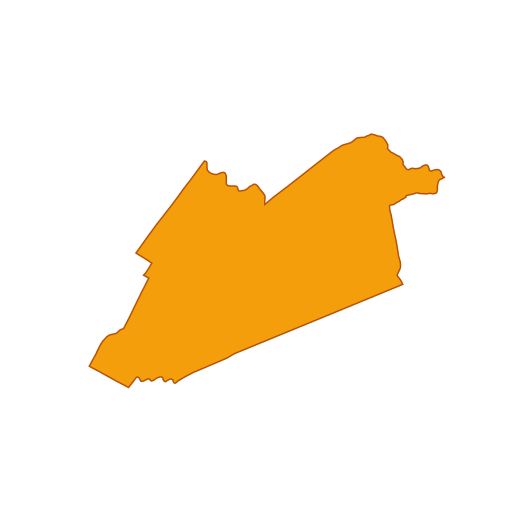 Frasinet, Teleorman, Romania (Natural Earth projection), rotated 325°
{"feature_id": "2599482B88018046154860", "entity_name": "Frasinet", "entity_type": "district", "adm_level": 2, "iso_a3": "ROU", "parent_name": "Romania", "parent_adm1": "Teleorman", "projection": "natural_earth1", "projection_center": [25.422, 44.188], "detail": "fine", "context": "isolated", "style": "filled", "palette": "amber", "viewbox_px": 512, "rotation_deg": 325, "n_neighbors": 0, "source": "geoboundaries", "source_scale": "gbopen_adm2", "svg_char_len": 6046}
<svg xmlns="http://www.w3.org/2000/svg" viewBox="0 0 512 512"><g transform="rotate(325 256 256)"><path d="M360.0,363.4L360.6,359.1L360.6,358.0L360.6,356.9L360.4,354.3L360.5,353.3L360.6,352.8L360.7,352.6L361.0,352.3L365.1,350.0L366.3,349.3L367.0,348.8L367.6,348.3L368.1,347.8L369.1,346.5L370.2,344.7L370.7,343.7L371.1,342.6L371.7,341.0L372.7,337.9L373.0,337.3L373.5,336.5L375.4,332.4L377.9,327.3L379.8,323.1L382.3,317.1L385.2,310.6L387.2,306.4L390.0,300.4L391.6,296.1L392.6,293.9L393.3,292.7L393.6,292.5L394.5,291.3L394.7,291.2L394.9,291.2L396.5,291.9L397.9,292.7L398.2,292.7L399.6,292.9L401.9,292.9L404.9,293.3L405.7,293.3L407.2,293.2L407.8,293.3L408.4,293.4L409.0,293.6L409.3,293.7L410.4,293.6L412.5,293.8L412.7,293.7L412.9,293.2L413.0,293.0L413.2,292.9L413.5,292.9L414.1,292.9L416.2,293.6L416.9,294.0L418.6,294.7L420.5,295.4L422.1,295.9L423.2,296.1L423.9,296.5L424.5,297.1L425.0,297.5L425.5,298.3L426.2,298.9L426.9,299.5L428.0,300.4L428.6,300.6L428.8,300.7L429.1,301.3L430.4,302.1L430.8,302.4L431.3,303.0L431.5,303.1L432.2,303.3L434.4,304.5L434.9,304.9L435.5,305.5L436.5,306.5L436.9,306.7L439.1,307.7L439.5,307.8L440.0,307.7L440.5,307.6L440.9,307.3L441.4,306.9L442.9,305.4L443.6,304.3L444.5,303.0L445.9,301.6L447.1,300.5L448.0,299.8L449.0,299.2L450.2,298.9L450.6,298.9L451.0,298.9L451.4,299.1L452.2,299.3L452.9,299.4L453.6,299.4L454.8,299.2L455.1,299.7L455.3,299.7L455.3,299.3L455.1,298.7L454.8,297.7L454.8,296.9L454.9,296.2L455.0,295.5L455.3,294.7L455.5,294.0L455.8,293.4L455.8,293.1L455.8,292.1L455.7,291.7L455.4,291.1L455.3,290.6L455.2,290.2L454.8,289.8L453.9,289.1L452.8,288.4L452.4,288.2L451.9,288.1L450.9,287.6L449.9,287.5L449.4,287.2L449.0,287.2L448.7,287.1L447.9,286.6L447.7,286.3L447.4,286.0L447.3,285.6L447.3,285.0L448.1,283.0L448.4,281.6L448.5,281.0L448.5,280.4L448.4,280.0L448.2,279.6L447.9,279.2L447.4,278.9L446.7,278.5L446.2,278.3L445.1,278.1L444.3,277.9L443.0,277.9L441.7,278.0L440.5,277.9L440.0,277.7L439.1,277.1L438.4,277.1L437.9,276.7L437.3,276.2L437.1,276.1L436.7,276.0L436.5,275.8L435.8,275.1L435.4,274.8L435.0,274.3L434.1,273.6L433.5,273.4L432.5,273.2L432.0,273.0L431.6,272.9L430.7,272.9L430.3,272.7L429.9,272.3L429.3,271.4L429.2,270.9L429.1,270.4L429.2,269.0L429.1,268.3L429.1,267.3L428.8,266.5L428.8,266.3L428.9,265.9L429.2,265.1L429.5,264.6L430.3,263.8L430.4,263.5L430.6,262.6L431.0,261.7L431.1,261.4L431.2,260.2L431.0,259.9L430.8,259.0L430.8,258.7L430.9,257.9L430.8,257.7L430.6,257.1L430.3,256.1L429.7,255.5L429.6,255.3L429.3,254.5L428.5,253.1L427.7,251.3L427.2,250.3L426.3,248.7L426.0,248.0L425.9,247.3L425.9,246.6L425.7,245.7L425.4,244.7L425.4,244.3L425.4,243.8L425.5,243.5L426.3,242.4L426.8,241.8L427.3,241.1L427.8,240.3L427.8,239.6L428.0,238.6L428.1,237.1L428.2,235.8L428.0,231.9L427.9,231.5L427.2,230.3L426.5,229.4L425.8,228.6L424.3,227.3L424.0,226.8L423.7,226.2L422.1,224.1L421.3,223.4L420.9,222.8L420.5,222.3L420.0,222.1L419.6,222.2L419.3,222.2L418.5,222.0L417.3,221.9L416.3,221.5L415.2,221.2L413.7,221.1L413.4,221.1L411.6,220.1L409.5,218.8L406.3,217.2L399.3,217.6L397.0,217.1L392.0,215.3L390.8,215.0L389.0,214.6L386.3,214.7L381.3,214.1L379.3,214.1L376.2,214.2L351.5,215.5L336.0,216.4L322.2,217.1L304.4,217.8L292.8,218.8L294.0,216.8L295.0,215.6L296.3,214.1L297.4,212.6L297.7,212.0L297.9,211.5L298.0,208.9L297.8,206.3L297.5,204.0L297.4,202.6L297.5,201.7L297.6,200.4L297.5,199.6L297.2,198.2L296.9,197.5L296.4,196.8L296.0,196.4L295.6,196.1L295.1,195.9L294.6,195.9L291.9,195.7L291.3,195.5L290.3,195.5L289.1,195.7L287.2,195.9L286.3,195.8L284.7,195.7L284.1,195.6L283.9,195.5L283.2,195.0L282.7,194.7L281.9,194.4L280.6,193.9L279.6,193.1L279.3,192.8L279.2,192.0L279.3,191.6L280.0,189.7L280.2,189.1L280.2,188.7L280.1,187.8L280.0,187.6L279.5,187.2L276.7,185.0L275.8,184.4L274.3,183.3L273.8,182.6L273.3,182.1L273.1,181.8L273.0,181.5L272.9,180.4L273.0,179.9L273.3,179.3L273.7,178.7L274.4,178.0L275.1,177.1L275.8,175.9L277.0,174.4L277.5,173.4L278.1,171.4L278.2,170.3L278.0,169.7L277.7,169.2L277.3,168.8L276.9,168.6L275.8,168.1L272.6,167.1L271.5,167.0L270.4,166.6L269.3,165.7L268.0,164.5L267.0,163.1L266.5,162.3L265.9,161.0L265.6,159.3L265.5,158.7L265.4,157.8L265.6,157.4L265.8,156.8L267.3,154.3L268.8,152.2L269.2,151.6L269.3,150.9L269.4,150.4L269.2,149.8L268.9,149.3L268.6,149.0L268.1,148.6L267.4,149.0L266.8,149.0L266.3,149.2L257.6,152.2L252.6,153.9L247.7,155.5L244.6,156.6L241.2,157.5L237.7,158.7L235.6,159.3L235.3,159.5L235.1,159.7L234.8,159.7L234.5,159.7L226.8,162.4L216.4,165.9L207.2,168.7L192.9,173.1L180.1,177.4L163.4,183.3L159.4,184.7L164.8,197.5L166.6,202.1L158.8,205.5L155.6,206.7L152.9,207.2L155.5,212.6L143.3,219.1L141.5,220.0L137.5,222.3L134.8,223.7L132.7,224.9L131.6,225.5L131.4,225.7L129.6,226.6L117.5,233.4L107.1,238.9L106.5,239.2L105.7,239.4L104.9,239.3L104.3,239.2L103.5,238.8L103.0,238.7L102.3,238.6L99.9,238.9L98.7,239.2L96.8,239.1L94.4,238.2L91.9,237.1L90.5,236.7L89.8,236.6L88.3,236.6L87.3,236.6L84.5,237.3L81.7,237.8L81.4,238.0L80.2,238.4L78.8,239.0L75.7,240.5L70.8,243.2L69.1,244.3L67.0,245.3L58.8,249.4L56.2,250.6L57.3,253.0L60.2,258.6L61.2,260.4L62.4,263.1L63.6,265.5L69.8,278.2L76.2,290.6L78.9,289.7L80.3,289.4L87.8,287.0L88.3,286.9L88.7,286.9L89.0,286.9L89.3,287.0L89.5,287.1L90.0,288.0L90.2,288.5L90.2,288.9L89.9,292.4L89.9,292.6L90.0,292.8L91.4,293.6L93.2,294.1L95.1,294.3L96.3,294.5L96.9,294.7L97.6,295.1L98.1,295.8L98.2,296.2L98.3,297.6L98.4,298.1L98.6,298.4L99.5,298.6L100.0,298.9L100.4,299.0L101.0,299.1L104.6,299.1L105.3,299.2L107.8,299.9L108.3,300.1L108.8,300.6L109.4,301.2L109.7,301.7L109.8,302.4L109.7,302.7L109.2,303.4L109.1,303.5L109.2,303.8L108.9,305.6L109.0,305.8L109.2,306.3L109.6,306.9L109.9,307.1L110.2,307.2L111.4,307.1L112.8,307.2L115.1,307.5L115.4,307.6L115.6,307.8L116.0,308.2L116.2,308.5L116.5,309.1L116.8,309.8L116.8,310.0L116.8,310.3L116.4,311.0L116.1,311.9L116.1,312.2L116.2,312.8L116.3,313.2L116.6,313.6L116.8,313.8L117.2,313.9L118.6,313.9L120.2,313.7L120.8,313.5L121.3,313.5L121.7,313.6L121.9,313.8L125.0,313.9L129.1,314.3L138.3,315.5L144.2,316.8L171.0,322.4L173.4,322.9L182.3,323.6L296.0,349.1L360.0,363.4Z" fill="#f59e0b" stroke="#b45309" stroke-width="1.5"/></g></svg>